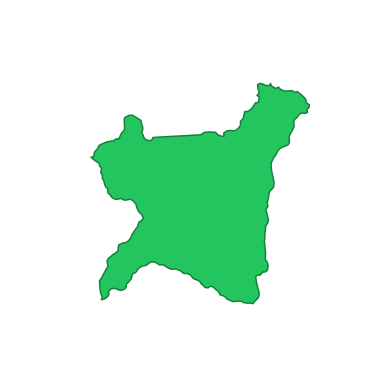 the district of Mossâmedes, Goiás, Brazil, rotated 116°
{"feature_id": "56859067B91157569259112", "entity_name": "Mossâmedes", "entity_type": "district", "adm_level": 2, "iso_a3": "BRA", "parent_name": "Brazil", "parent_adm1": "Goiás", "projection": "robinson", "projection_center": [-50.154, -16.176], "detail": "fine", "context": "isolated", "style": "filled", "palette": "green", "viewbox_px": 384, "rotation_deg": 116, "n_neighbors": 0, "source": "geoboundaries", "source_scale": "gbopen_adm2", "svg_char_len": 3590}
<svg xmlns="http://www.w3.org/2000/svg" viewBox="0 0 384 384"><g transform="rotate(116 192 192)"><path d="M205.0,297.8L205.9,295.0L206.5,291.6L207.0,288.1L209.0,286.4L210.7,283.4L212.9,283.1L214.6,282.4L216.2,279.8L219.0,278.6L221.0,275.7L223.3,274.0L225.3,271.6L226.1,269.0L228.0,268.3L230.0,266.7L230.3,264.6L231.7,262.3L232.3,260.0L232.0,257.1L230.5,255.0L228.9,252.8L229.1,249.5L227.7,247.1L225.7,244.5L225.6,242.2L226.1,240.0L227.3,237.4L229.0,235.7L231.2,233.7L233.4,230.6L233.9,228.2L235.9,225.2L237.9,224.2L240.0,225.0L242.2,226.4L244.2,226.2L247.0,225.8L252.9,226.9L256.4,227.2L260.8,227.0L264.2,227.9L266.6,229.4L267.7,231.5L271.3,234.5L273.7,234.2L277.3,232.7L280.9,234.3L283.2,235.8L286.1,237.0L288.1,238.0L291.1,238.2L295.6,235.0L298.7,235.2L304.1,235.5L308.5,235.6L312.5,236.2L321.1,231.1L323.3,229.4L325.8,226.7L328.4,226.2L326.9,224.2L324.7,222.8L322.5,221.9L320.6,221.7L318.3,223.2L315.9,223.0L314.1,221.6L312.6,219.7L312.3,217.0L311.8,213.1L310.2,211.2L308.7,209.9L306.2,209.5L303.7,210.6L300.0,209.3L296.5,208.5L293.4,209.3L291.2,209.3L289.4,207.5L287.4,207.0L285.6,206.9L283.6,206.3L281.5,205.2L279.8,203.2L277.3,200.5L274.3,199.3L272.0,197.0L271.2,193.3L271.8,189.4L270.4,186.9L270.2,184.1L270.6,181.4L270.7,178.7L270.3,176.3L268.5,173.4L267.8,168.9L268.8,163.6L267.4,160.5L267.2,157.7L267.8,155.6L268.9,153.8L269.2,151.3L268.8,149.1L268.9,146.0L270.4,143.6L271.2,140.6L272.1,138.4L271.2,135.6L268.6,134.2L268.1,131.3L268.9,129.0L269.5,126.2L270.1,124.2L272.2,121.8L271.5,118.8L271.8,116.2L273.0,113.2L272.6,109.9L272.7,107.6L270.2,103.0L268.8,101.0L268.7,96.8L267.6,93.4L266.3,91.2L265.7,88.3L262.0,87.5L258.9,86.2L255.8,86.2L252.1,88.2L249.8,90.4L247.8,92.0L245.1,94.3L239.9,97.8L237.9,96.4L236.7,94.2L233.1,93.4L231.4,90.8L229.0,89.9L227.3,90.6L224.8,91.3L222.4,93.3L220.1,96.9L218.0,97.6L215.1,98.9L213.0,100.0L210.5,101.7L206.8,103.8L205.1,105.1L203.2,105.8L201.3,106.6L198.8,107.5L197.1,108.5L193.9,109.3L191.8,110.5L189.0,110.8L187.0,110.3L183.1,111.3L180.9,113.3L179.2,114.7L177.1,116.4L175.4,118.0L173.4,117.7L171.5,117.5L169.5,119.3L166.7,120.1L162.6,121.1L159.4,122.2L157.0,122.3L154.3,121.3L151.5,120.9L148.3,122.1L146.3,123.2L141.3,127.3L138.9,129.0L137.2,130.3L133.8,132.4L131.1,133.5L126.8,133.7L121.8,133.0L117.3,132.8L114.2,132.0L111.0,129.5L107.7,126.3L104.7,126.3L102.0,127.6L99.7,129.0L96.4,129.1L93.4,128.8L88.5,128.9L84.5,131.2L81.6,131.7L79.1,130.2L75.3,129.7L73.3,128.3L72.3,126.6L71.7,124.5L69.7,123.2L67.4,125.0L65.7,124.1L63.9,124.0L62.2,124.8L61.6,128.5L59.2,130.0L58.1,132.0L57.1,134.8L56.3,138.1L55.6,141.3L57.3,143.2L57.0,146.6L58.3,148.6L59.8,151.1L60.9,153.9L60.9,157.7L59.8,160.1L62.0,161.9L62.2,164.4L61.8,166.9L60.3,168.8L62.6,169.4L63.9,172.1L63.9,175.7L64.6,178.6L66.8,180.1L69.9,178.3L73.2,175.1L76.7,175.8L77.3,172.8L80.2,172.5L82.3,171.5L84.2,174.1L87.3,174.3L91.0,175.0L94.6,176.8L96.9,179.9L98.7,179.3L103.7,178.2L107.1,179.4L110.0,178.1L112.2,177.7L115.7,178.8L118.4,180.5L119.6,183.9L121.6,187.4L123.5,188.5L125.2,189.3L127.6,187.7L129.0,190.0L129.2,194.2L128.0,196.9L130.1,202.2L133.1,207.1L136.9,209.4L151.9,236.4L154.3,240.7L160.1,250.9L163.3,250.9L165.2,254.7L164.6,258.7L162.5,260.5L160.9,263.1L158.1,263.5L155.9,264.3L153.0,267.0L150.1,269.3L149.5,274.2L149.1,278.9L150.5,282.0L153.3,284.3L155.1,285.1L157.1,284.5L158.6,283.4L160.4,282.7L162.7,281.3L165.8,279.9L170.4,281.2L174.1,281.1L176.3,280.9L177.5,283.5L180.0,284.8L181.8,287.1L184.1,290.3L185.9,291.8L187.8,293.6L191.0,296.0L193.8,295.8L196.6,296.5L198.9,297.2L201.2,296.4L203.4,296.0L205.0,297.8Z" fill="#22c55e" stroke="#15803d" stroke-width="1.5"/></g></svg>